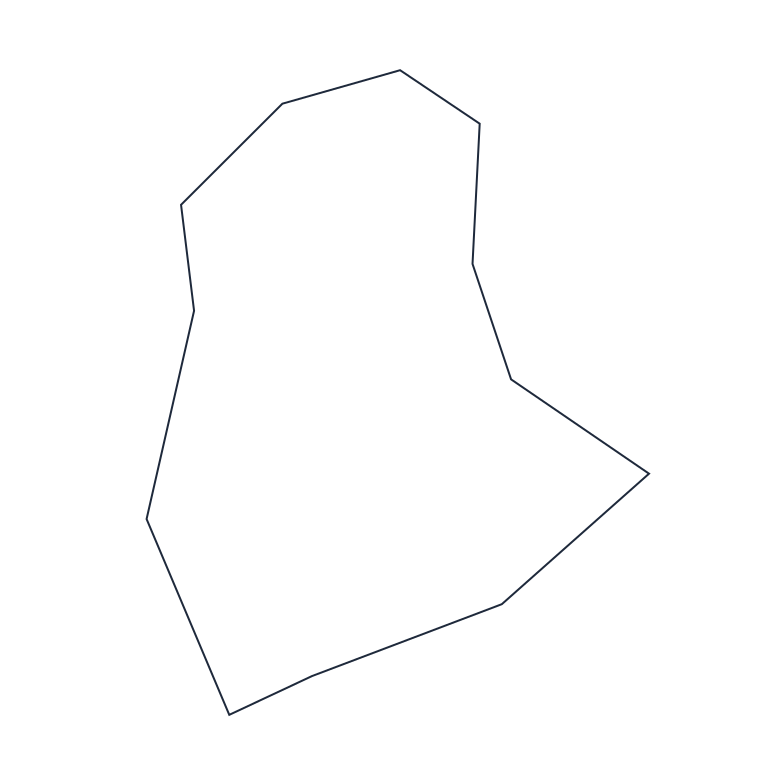 an SVG outline of Salford, rotated 263°
{"feature_id": "GBR-5676", "entity_name": "Salford", "entity_type": "Metropolitan Borough", "adm_level": 1, "iso_a3": "GBR", "parent_name": "United Kingdom", "parent_adm1": "", "projection": "natural_earth1", "projection_center": [-2.406, 53.486], "detail": "fine", "context": "isolated", "style": "outline", "palette": "slate", "viewbox_px": 768, "rotation_deg": 263, "n_neighbors": 0, "source": "natural_earth", "source_scale": "10m", "svg_char_len": 321}
<svg xmlns="http://www.w3.org/2000/svg" viewBox="0 0 768 768"><g transform="rotate(263 384 384)"><path d="M151.1,474.1L102.9,277.0L74.5,190.1L278.9,131.9L479.8,204.4L586.6,204.4L674.6,317.3L693.5,438.2L630.7,510.7L492.4,486.5L373.1,510.7L262.7,636.1L151.1,474.1Z" fill="none" stroke="#1e293b" stroke-width="2"/></g></svg>